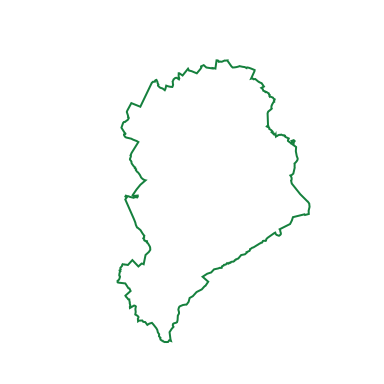 Santa Catarina, Guanajuato, Mexico, rotated 40°
{"feature_id": "50627088B8420918184239", "entity_name": "Santa Catarina", "entity_type": "district", "adm_level": 2, "iso_a3": "MEX", "parent_name": "Mexico", "parent_adm1": "Guanajuato", "projection": "orthographic", "projection_center": [-100.077, 21.141], "detail": "fine", "context": "isolated", "style": "outline", "palette": "green", "viewbox_px": 384, "rotation_deg": 40, "n_neighbors": 0, "source": "geoboundaries", "source_scale": "gbopen_adm2", "svg_char_len": 5980}
<svg xmlns="http://www.w3.org/2000/svg" viewBox="0 0 384 384"><g transform="rotate(40 192 192)"><path d="M119.4,87.3L118.2,90.0L118.8,90.6L119.2,90.7L119.4,92.6L119.4,98.0L114.0,99.7L111.6,100.9L109.7,100.1L109.9,108.8L106.0,109.2L105.5,109.6L107.4,112.0L109.3,113.2L109.6,114.1L107.3,114.3L106.4,114.7L105.8,115.7L105.5,117.6L105.7,118.2L106.0,118.8L106.1,119.8L107.1,120.6L107.4,121.0L108.6,122.0L109.4,123.9L109.4,124.2L107.5,125.5L105.3,126.6L103.9,127.1L105.4,130.2L105.7,131.5L102.9,131.6L100.8,132.5L99.9,132.6L97.6,132.4L97.3,132.1L97.2,131.3L95.8,130.8L94.8,129.9L92.7,129.0L92.2,129.8L92.2,131.0L92.6,131.3L91.7,132.3L91.2,132.7L91.2,133.7L91.0,134.1L97.6,159.9L88.4,162.9L90.1,171.2L90.6,172.6L94.0,174.7L94.5,175.2L94.8,175.8L95.1,175.9L95.4,175.6L95.5,175.6L95.8,175.8L96.2,176.3L96.4,178.4L96.0,179.4L95.7,181.3L95.2,181.7L95.1,182.1L94.8,182.3L94.8,183.3L96.6,188.1L102.2,189.9L103.4,190.0L103.6,190.4L102.9,190.9L102.9,191.6L103.2,192.0L105.0,192.7L106.5,192.6L111.2,190.2L113.1,189.8L116.9,188.5L118.8,188.2L120.6,200.9L121.4,203.5L121.9,203.5L122.4,204.2L123.3,206.7L123.8,207.1L125.0,207.3L126.1,207.7L127.1,208.7L127.8,209.0L130.2,209.6L131.9,209.9L132.7,209.7L132.9,210.0L133.0,210.5L134.6,210.5L134.9,211.3L136.9,211.8L138.1,211.7L140.3,212.2L141.3,212.5L143.5,213.5L144.5,213.7L146.3,213.7L148.1,213.3L148.9,212.9L147.8,219.7L147.9,225.8L148.6,232.6L150.0,232.4L152.7,229.6L153.4,230.3L153.5,231.4L152.6,231.8L151.3,233.0L151.1,233.9L147.7,235.6L145.9,236.2L144.9,236.9L143.7,237.3L143.9,238.3L145.5,238.1L145.7,240.6L165.2,250.2L168.3,251.9L170.0,253.2L172.7,254.5L173.5,254.3L177.0,254.3L180.9,255.6L183.6,256.2L183.6,256.7L184.4,257.4L184.4,258.6L184.5,258.9L185.8,258.9L186.5,259.7L187.5,259.6L189.2,258.6L189.6,259.1L189.8,259.7L191.2,259.6L194.8,260.9L195.7,261.5L197.2,263.1L197.5,265.6L196.9,270.1L201.4,278.4L200.3,278.7L199.4,279.2L198.8,283.5L190.1,282.5L189.8,289.1L188.1,290.1L187.1,290.9L186.6,291.0L186.0,291.5L185.5,292.1L185.3,292.1L185.4,292.7L185.9,293.5L185.9,296.2L186.3,296.7L187.2,297.2L187.2,297.6L186.9,298.6L187.2,298.8L187.6,299.0L188.1,298.9L188.2,299.8L188.9,301.2L189.8,302.6L190.0,302.7L190.4,302.8L190.8,303.1L191.1,303.0L191.5,303.5L192.4,305.8L192.3,307.1L192.1,307.8L192.4,308.0L192.5,308.4L192.9,308.9L193.2,309.0L194.2,308.5L199.7,304.9L205.2,306.6L206.0,306.1L208.6,307.3L207.6,314.2L208.5,314.6L210.5,314.8L212.1,315.2L213.0,314.6L213.7,315.4L215.3,316.5L215.5,317.0L216.0,317.4L217.8,318.7L217.9,319.3L218.2,319.9L219.0,320.7L220.6,316.2L221.2,315.9L222.1,315.7L222.6,315.8L223.9,318.1L226.0,320.1L227.3,322.3L229.5,321.9L231.1,322.0L231.6,322.4L232.0,323.9L233.8,325.7L234.1,324.6L236.5,322.4L238.1,322.8L239.8,321.7L243.2,322.5L243.9,320.3L245.4,318.0L247.5,318.3L252.3,319.3L254.1,320.0L256.1,321.5L258.3,322.1L259.4,323.7L261.6,324.0L261.8,324.7L262.8,325.3L264.6,325.2L265.2,324.8L266.0,325.0L267.7,324.4L268.3,323.7L268.7,323.5L270.0,322.4L269.9,320.2L271.6,319.6L270.2,318.7L264.9,313.8L264.4,309.8L264.5,307.2L263.2,306.7L262.4,305.6L262.3,305.0L262.6,304.2L264.0,302.1L264.2,301.3L263.3,299.4L260.6,295.8L260.2,293.6L259.3,292.4L257.3,291.0L257.0,290.6L256.2,288.8L256.1,287.8L256.3,287.1L257.7,284.4L259.4,282.4L260.1,281.9L260.2,281.4L260.0,278.3L258.3,274.7L259.6,271.3L259.8,265.7L262.1,260.3L262.2,256.6L262.4,255.5L262.6,255.2L262.1,250.3L254.6,250.1L256.2,244.8L258.4,241.3L258.6,237.1L261.2,233.7L262.1,232.1L263.0,231.6L263.5,230.9L263.0,230.2L262.8,229.6L263.0,229.0L263.5,228.1L263.3,227.3L264.5,225.9L264.6,223.9L265.8,223.7L266.1,223.2L265.9,222.4L266.1,222.1L266.7,221.9L267.0,221.3L266.8,220.9L266.9,220.5L267.5,219.6L268.4,218.8L268.5,218.3L268.8,217.9L268.8,217.2L268.6,216.8L269.0,215.9L268.9,215.6L269.0,215.3L269.4,215.0L269.6,214.1L270.2,213.3L270.2,208.7L272.6,205.7L273.0,202.9L272.6,202.8L273.9,200.1L273.6,199.0L273.2,198.5L273.2,198.2L273.6,197.6L273.9,196.1L274.7,194.9L277.1,187.6L277.5,187.1L277.5,186.5L278.2,185.6L277.8,184.0L278.4,183.1L279.9,182.1L279.9,181.6L279.4,180.8L279.2,179.9L279.4,178.3L281.5,170.4L281.9,169.6L282.9,170.3L284.3,170.5L286.6,169.7L286.9,169.4L287.2,168.0L287.1,167.1L286.5,166.4L285.1,165.5L284.0,164.5L283.1,164.2L287.7,153.5L286.8,149.6L285.5,146.4L292.5,136.8L293.3,137.0L295.6,133.8L293.4,131.4L291.6,127.8L289.2,125.5L286.8,124.9L286.6,125.0L276.3,124.1L263.0,121.4L260.5,119.5L260.5,118.7L259.3,117.2L258.0,116.5L256.7,116.1L256.8,115.9L257.3,115.8L257.8,112.8L255.0,107.3L254.5,106.9L253.0,105.0L252.2,104.3L252.4,103.1L252.4,101.0L252.1,99.4L251.4,98.4L249.1,97.1L245.3,94.0L243.0,90.8L242.8,90.6L238.3,90.9L238.9,89.8L238.1,88.8L237.9,87.0L236.6,86.9L235.6,88.6L235.8,88.6L236.5,89.6L236.4,90.4L236.6,90.7L236.5,91.1L235.8,91.0L232.8,91.2L232.2,90.7L231.7,88.8L228.4,89.7L227.3,89.7L227.3,89.4L227.1,89.1L226.4,89.2L225.9,89.4L225.1,90.2L223.4,90.7L222.8,91.7L222.1,92.1L221.5,93.1L221.3,94.2L220.9,94.7L220.7,95.6L219.8,94.9L219.2,94.3L219.3,94.7L219.1,94.9L217.4,94.6L217.3,95.2L217.0,95.1L214.6,95.0L214.7,94.6L215.3,94.3L215.3,94.1L214.2,93.8L212.6,93.7L210.6,94.0L210.4,93.8L210.1,93.3L209.3,93.2L207.2,93.7L207.2,93.2L207.8,92.3L207.5,92.2L199.3,83.1L198.7,81.5L199.5,77.3L199.5,76.9L199.0,76.8L197.7,75.2L197.1,73.3L196.7,71.1L197.0,70.1L196.4,69.9L196.1,69.5L196.0,68.1L195.7,67.8L194.7,68.1L193.3,67.7L190.5,68.6L190.4,69.0L189.5,68.7L189.1,67.7L188.1,67.7L187.4,67.1L186.1,67.4L184.7,67.5L184.1,68.3L183.4,68.2L183.2,68.0L181.5,68.6L180.1,67.7L178.2,67.7L179.3,65.0L175.4,63.9L172.8,64.7L172.5,64.6L171.8,64.8L167.8,64.8L167.3,65.4L167.0,65.6L166.7,66.1L166.4,66.2L165.8,66.0L165.0,66.3L164.4,67.2L162.2,59.3L161.6,58.3L158.1,59.4L155.9,60.2L154.5,60.9L153.9,61.5L154.1,62.0L152.1,62.4L150.4,63.5L147.4,65.1L147.2,65.7L145.8,67.7L144.5,69.2L143.1,70.5L141.4,70.4L134.7,68.6L134.6,68.4L133.0,70.0L132.5,70.3L131.2,72.9L130.6,73.5L130.2,73.6L128.8,75.1L128.4,75.0L127.8,74.5L126.9,74.8L126.7,75.1L126.2,75.4L130.6,82.4L129.4,83.0L128.1,83.8L128.4,84.1L123.0,87.4L119.4,87.3Z" fill="none" stroke="#15803d" stroke-width="2"/></g></svg>